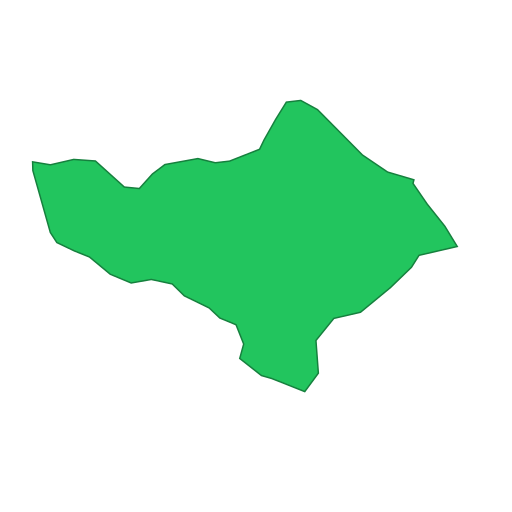 the district of Bollebygd, Västra Götaland, Sweden, rotated 257°
{"feature_id": "70781695B31966174790968", "entity_name": "Bollebygd", "entity_type": "district", "adm_level": 2, "iso_a3": "SWE", "parent_name": "Sweden", "parent_adm1": "Västra Götaland", "projection": "mercator", "projection_center": [12.663, 57.758], "detail": "fine", "context": "isolated", "style": "filled", "palette": "green", "viewbox_px": 512, "rotation_deg": 257, "n_neighbors": 0, "source": "geoboundaries", "source_scale": "gbopen_adm2", "svg_char_len": 798}
<svg xmlns="http://www.w3.org/2000/svg" viewBox="0 0 512 512"><g transform="rotate(257 256 256)"><path d="M294.7,427.0L308.2,403.1L330.5,382.4L384.7,348.9L397.5,334.6L399.1,320.2L384.7,305.9L367.2,289.9L359.2,283.5L354.4,251.6L356.0,237.3L364.0,221.3L365.6,187.8L359.2,173.5L348.0,157.5L352.8,143.2L384.7,120.9L391.1,100.1L391.1,76.2L398.0,59.5L389.4,57.8L369.0,58.8L325.1,60.9L313.9,65.0L306.0,74.9L301.7,80.3L292.5,93.5L271.0,109.9L257.8,128.3L256.7,148.7L247.6,168.1L233.3,177.2L215.9,198.7L203.7,206.8L193.5,221.1L173.0,224.2L162.4,218.5L159.8,217.1L138.3,234.4L133.2,243.6L112.9,273.0L127.8,290.4L160.2,295.4L177.7,317.8L177.7,345.2L195.1,380.1L210.1,405.0L220.0,415.0L220.0,454.2L242.5,446.7L268.0,434.5L291.4,425.3L294.7,427.0Z" fill="#22c55e" stroke="#15803d" stroke-width="1.5"/></g></svg>